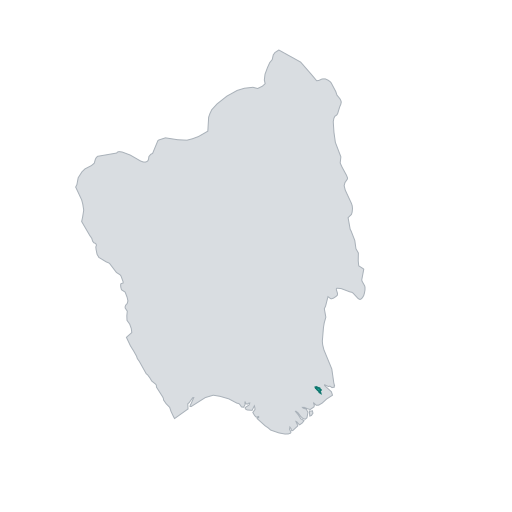 Ibesikpo Asutan, Akwa Ibom, Nigeria (highlighted), rotated 328°
{"feature_id": "59680162B22561739962750", "entity_name": "Ibesikpo Asutan", "entity_type": "district", "adm_level": 2, "iso_a3": "NGA", "parent_name": "Nigeria", "parent_adm1": "Akwa Ibom", "projection": "equal_earth", "projection_center": [7.957, 4.894], "detail": "fine", "context": "in_parent", "style": "filled", "palette": "teal", "viewbox_px": 512, "rotation_deg": 328, "n_neighbors": 0, "source": "geoboundaries", "source_scale": "gbopen_adm2", "svg_char_len": 4704}
<svg xmlns="http://www.w3.org/2000/svg" viewBox="0 0 512 512"><g transform="rotate(328 256 256)"><path d="M384.5,93.4L396.6,115.2L399.2,131.5L400.3,139.5L402.2,140.4L405.9,140.9L408.6,142.5L410.3,145.1L411.3,147.6L411.5,149.1L410.8,158.8L409.9,162.4L410.5,167.2L410.3,169.2L409.9,170.6L408.3,172.3L406.1,173.8L400.7,178.5L399.2,179.2L396.9,179.3L395.0,180.5L392.7,183.0L387.7,192.3L383.5,201.7L380.5,216.9L376.7,221.7L376.1,225.9L375.5,235.4L375.0,238.2L374.4,239.1L370.3,240.9L368.0,243.1L366.6,247.4L364.8,262.0L364.2,264.4L362.9,267.0L360.8,269.7L359.0,271.3L354.4,272.3L350.0,283.3L349.9,285.2L348.0,295.2L344.6,302.8L344.4,307.7L340.1,314.3L337.9,318.8L340.2,323.6L340.4,324.3L333.0,332.3L332.6,333.5L332.3,339.1L331.7,340.6L330.4,342.6L328.4,344.8L326.4,346.6L324.1,347.8L321.9,348.2L320.7,347.5L320.0,345.9L318.7,339.1L318.1,337.6L316.7,336.3L311.0,328.8L307.6,326.2L306.8,326.4L306.3,327.1L305.3,330.9L304.3,332.3L302.5,332.7L299.4,332.8L297.1,332.2L296.6,331.5L295.5,328.6L288.4,335.4L286.0,336.9L282.8,344.9L278.4,348.9L275.3,352.4L267.1,363.4L265.5,366.6L263.9,371.4L260.4,392.0L254.7,404.9L253.9,407.6L253.6,407.5L252.9,408.7L250.7,407.9L249.7,405.5L248.3,405.1L246.0,401.6L245.5,402.2L248.0,411.1L247.1,414.6L240.1,414.7L234.2,415.8L230.1,415.7L228.0,414.5L227.1,411.1L226.7,411.5L226.5,413.3L225.2,414.7L220.6,414.9L218.6,412.7L216.9,410.1L215.2,409.0L215.4,410.1L217.5,412.5L217.2,416.1L213.5,420.2L211.2,420.5L209.7,418.7L208.9,415.8L208.6,411.5L207.6,408.7L207.1,408.7L207.7,413.3L207.7,417.7L209.5,421.1L206.8,422.1L203.5,422.3L203.1,421.0L202.7,418.2L202.2,417.5L201.5,422.2L194.8,423.5L193.9,423.3L193.7,422.5L194.2,421.1L194.1,419.0L192.6,420.7L192.3,423.9L191.5,424.5L189.0,424.0L186.2,422.3L181.7,418.2L176.2,411.4L175.3,408.4L173.7,404.7L170.8,394.4L171.3,393.9L172.6,394.5L173.2,393.5L170.9,392.8L170.5,392.1L170.3,389.8L170.4,387.0L173.9,385.6L174.7,383.9L175.2,382.2L170.9,384.8L166.9,381.9L166.0,380.1L166.4,378.8L171.1,378.7L172.8,377.4L171.8,376.9L170.0,377.0L169.3,376.1L169.4,374.0L168.8,374.5L168.0,376.3L165.3,377.7L163.7,376.3L163.6,373.3L163.2,371.9L161.9,370.8L157.2,362.7L151.2,356.0L146.0,351.4L138.0,349.2L121.2,349.3L120.3,348.6L121.3,347.6L122.8,346.8L128.2,343.1L127.3,342.6L121.7,344.9L119.8,345.2L117.3,349.7L100.8,350.7L100.9,348.6L101.6,342.7L102.6,338.6L101.5,333.6L101.3,329.1L102.0,327.7L102.2,326.0L102.1,314.5L103.0,312.8L103.0,311.6L101.3,306.7L101.4,303.0L101.1,299.3L100.5,297.7L101.2,283.6L101.0,280.1L101.6,277.7L101.9,271.6L101.9,265.7L103.0,256.3L110.1,255.1L111.8,251.4L112.8,246.8L112.5,242.2L114.8,238.2L117.6,234.6L117.5,230.7L118.3,229.5L119.6,228.6L121.5,228.1L123.6,226.2L124.8,222.8L125.9,217.3L124.1,213.5L124.2,212.7L124.9,210.6L126.0,208.6L126.9,207.9L128.9,208.5L129.6,207.6L130.9,201.6L130.8,200.0L128.9,196.0L127.9,185.1L127.4,183.7L125.9,181.7L122.0,174.0L122.1,170.4L123.8,165.8L124.9,163.5L126.4,162.3L126.7,161.2L126.3,159.9L125.5,158.9L125.3,156.8L126.1,153.9L125.9,150.7L126.4,134.4L129.6,131.1L134.2,125.8L136.6,120.2L137.9,116.0L139.6,102.0L142.0,100.5L146.7,95.4L153.0,92.4L157.1,91.5L164.3,92.1L168.0,91.6L171.1,88.8L172.5,88.0L174.4,87.5L192.3,94.8L194.0,94.5L195.3,95.0L197.6,96.9L202.8,103.7L208.4,114.2L210.1,116.4L211.8,117.7L213.6,118.1L214.9,117.9L216.2,116.9L217.9,114.9L220.6,114.0L222.7,114.2L233.9,106.2L235.0,106.1L241.8,107.8L251.2,115.9L258.8,121.2L264.2,122.9L270.5,124.2L281.3,124.6L289.4,113.2L292.4,110.8L296.0,108.5L303.5,106.4L316.0,105.0L327.8,105.6L335.1,107.6L342.8,111.3L346.1,114.8L351.4,115.4L355.1,114.7L356.3,111.2L360.0,106.6L365.6,102.3L370.1,99.3L373.9,98.0L377.2,94.6L379.9,93.5L384.5,93.4ZM221.0,419.5L218.5,420.6L216.8,420.3L219.1,415.6L220.3,416.7L221.8,417.1L221.0,419.5Z" fill="#d9dde1" stroke="#a8b0b8" stroke-width="1"/><path d="M238.8,404.7L239.0,404.5L239.2,404.4L239.3,404.4L239.5,404.3L239.8,404.3L239.8,404.2L240.2,404.0L240.1,403.7L239.8,403.8L239.7,403.7L239.6,403.4L239.7,403.2L239.8,402.9L239.9,402.2L239.5,402.3L239.3,401.8L239.5,401.6L239.6,401.3L239.2,401.0L239.1,400.7L238.9,400.6L238.6,400.3L238.5,400.2L238.5,399.8L238.3,399.6L238.2,399.6L238.0,399.4L237.9,399.2L237.7,399.0L237.7,398.9L237.1,398.9L237.1,399.0L237.0,398.9L236.8,398.6L236.7,398.7L236.6,399.3L236.5,399.9L236.9,400.5L237.0,400.6L236.9,401.0L237.2,401.1L237.1,401.5L237.0,402.0L237.1,402.4L237.2,402.5L237.2,402.8L237.6,403.4L237.5,403.5L237.5,403.9L237.8,404.3L237.7,404.4L237.6,404.5L237.5,404.8L237.5,405.1L237.4,405.2L237.5,405.4L237.6,405.5L237.9,405.8L237.9,406.1L238.0,406.1L238.0,406.3L238.1,406.5L238.2,406.8L238.3,406.6L238.3,406.2L238.3,405.9L238.2,405.7L238.2,405.4L238.2,405.0L238.3,404.9L238.3,404.7L238.7,404.7L238.8,404.7Z" fill="#14b8a6" stroke="#0f766e" stroke-width="1.5"/></g></svg>